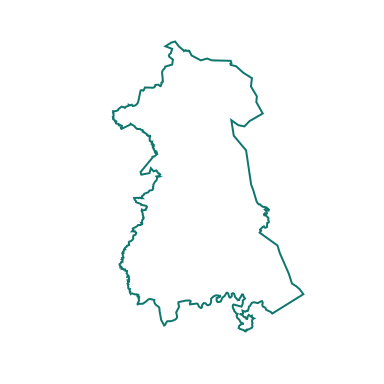 the district of General Heliodoro Castillo, Guerrero, Mexico, rotated 163°
{"feature_id": "50627088B85707069751061", "entity_name": "General Heliodoro Castillo", "entity_type": "district", "adm_level": 2, "iso_a3": "MEX", "parent_name": "Mexico", "parent_adm1": "Guerrero", "projection": "orthographic", "projection_center": [-99.963, 17.72], "detail": "fine", "context": "isolated", "style": "outline", "palette": "teal", "viewbox_px": 384, "rotation_deg": 163, "n_neighbors": 0, "source": "geoboundaries", "source_scale": "gbopen_adm2", "svg_char_len": 6013}
<svg xmlns="http://www.w3.org/2000/svg" viewBox="0 0 384 384"><g transform="rotate(163 192 192)"><path d="M150.8,52.3L115.4,61.7L117.4,67.4L119.7,71.2L123.2,75.2L123.3,85.5L125.9,107.9L125.9,115.9L139.2,133.3L137.2,134.8L137.3,135.2L138.0,135.3L137.9,136.2L134.6,137.9L133.3,138.1L133.0,136.8L131.8,136.3L130.6,136.6L129.1,140.4L127.7,140.4L127.2,140.9L127.3,143.0L126.5,144.7L128.1,147.8L129.7,148.6L129.7,149.7L128.6,150.4L127.9,149.9L127.8,149.2L126.7,149.5L126.3,151.5L127.5,154.0L126.7,154.2L126.0,153.2L124.8,153.2L124.1,152.0L123.6,152.7L125.6,155.7L128.3,157.0L129.5,158.2L130.8,160.5L131.7,160.6L132.5,162.1L133.0,164.1L132.9,176.5L133.3,181.7L128.1,216.0L135.6,233.6L133.4,249.2L128.2,242.4L122.7,239.4L116.2,243.0L101.4,246.4L104.2,259.2L102.0,264.5L104.8,275.7L101.4,283.3L108.0,290.9L113.1,299.4L117.8,302.2L117.8,303.4L116.7,303.6L116.6,306.1L134.5,312.1L138.5,315.2L145.0,315.3L152.5,322.7L153.4,327.9L154.2,328.2L154.6,327.9L155.0,328.4L156.5,328.8L156.6,329.4L158.5,329.1L158.6,330.2L159.4,331.1L159.6,330.9L160.2,331.0L159.5,331.1L161.9,334.9L164.1,340.8L167.9,341.0L174.8,339.1L169.1,334.7L171.8,330.8L173.3,330.3L174.3,329.2L174.2,327.9L171.5,324.2L173.7,319.7L181.0,319.7L181.9,318.4L184.2,317.0L185.6,315.4L187.5,306.2L188.2,306.2L188.6,305.4L189.4,305.3L189.7,304.1L191.1,302.4L191.6,302.6L192.7,304.4L195.7,305.1L196.9,303.4L198.5,303.0L206.4,305.7L208.7,303.2L209.2,303.2L210.2,304.1L211.5,304.1L217.3,293.6L218.6,292.4L220.8,291.4L223.5,291.5L224.1,293.1L226.0,293.0L227.1,294.0L227.5,293.0L230.1,292.9L231.6,292.1L232.2,292.9L234.3,294.2L237.8,293.0L239.2,291.7L242.4,291.8L243.8,292.3L244.0,289.7L244.1,290.6L244.3,290.7L244.6,287.8L245.3,287.2L245.5,285.4L245.9,285.9L246.1,284.6L243.9,281.8L244.8,281.5L244.4,280.7L244.6,279.9L243.5,279.0L242.8,278.9L241.9,277.9L242.4,277.1L242.1,276.8L241.3,277.1L239.7,275.8L240.2,274.8L241.2,274.5L241.3,273.4L241.0,273.0L231.7,274.4L230.9,275.3L227.6,271.6L227.6,270.9L226.1,268.3L223.3,267.5L222.9,266.7L221.1,265.5L221.4,264.8L220.8,264.0L221.2,263.8L218.7,261.1L218.2,260.2L218.4,259.5L217.5,258.4L216.9,258.6L216.6,257.8L215.7,258.0L215.6,257.6L216.8,255.8L217.4,253.3L216.5,252.5L216.3,251.5L215.4,251.6L215.8,250.7L215.5,249.9L216.3,249.6L215.2,248.5L216.1,248.3L216.2,247.7L215.1,247.5L215.0,247.1L216.5,245.7L215.8,244.7L216.1,244.0L215.7,242.6L214.8,241.7L215.8,241.2L215.7,240.2L214.8,239.0L214.2,239.6L214.2,238.4L217.4,237.1L219.6,237.2L219.8,236.4L235.4,226.1L235.4,223.4L227.2,222.5L224.3,226.8L222.7,223.0L219.9,223.1L218.6,219.4L217.8,219.2L217.3,218.0L218.8,216.9L219.7,217.0L218.9,216.4L221.2,216.7L220.9,216.1L222.6,213.6L224.7,212.4L226.9,210.2L227.3,208.7L228.0,208.2L228.0,206.8L229.3,205.5L232.2,205.8L234.0,204.5L238.1,204.3L239.5,203.0L240.4,203.0L241.1,202.4L241.7,201.6L241.1,200.5L242.5,200.9L243.8,201.9L244.8,201.7L245.2,202.2L249.1,203.2L249.1,201.5L248.3,199.9L248.5,198.6L244.4,195.5L244.4,194.6L240.1,192.3L239.4,191.2L240.0,190.1L240.9,189.7L241.4,188.5L244.5,188.7L245.0,189.7L245.7,188.7L245.4,185.6L245.9,184.2L245.7,182.8L246.3,181.7L245.8,181.2L246.7,180.2L247.8,179.7L248.8,177.8L248.6,176.8L249.2,176.0L249.5,176.3L249.4,175.7L250.8,175.5L253.1,176.2L254.8,175.2L259.3,174.4L259.1,173.1L260.9,171.9L258.1,171.1L258.0,170.2L257.2,169.5L258.1,168.0L259.3,167.5L260.6,167.6L261.5,166.3L261.7,164.7L262.6,163.8L265.0,162.8L266.1,163.0L266.8,162.7L267.3,161.9L267.6,159.7L269.8,159.6L270.3,158.9L272.3,158.2L272.8,157.4L272.7,156.8L273.8,157.0L274.6,155.3L275.2,155.3L276.1,154.4L275.4,154.3L275.4,153.5L276.2,153.3L276.7,152.1L276.7,149.3L278.1,149.4L278.0,148.0L278.9,147.9L278.4,147.0L278.9,145.5L280.3,145.6L281.2,144.4L282.2,144.3L282.6,143.3L282.1,141.7L282.4,141.2L281.8,141.2L281.9,140.4L281.3,140.3L281.8,139.0L280.1,138.5L280.0,137.7L278.7,137.5L278.8,136.2L277.2,135.5L278.3,133.2L277.3,130.5L278.1,130.7L278.7,129.8L277.3,129.6L277.6,127.5L278.1,127.1L277.8,126.3L278.4,125.7L278.4,124.7L278.9,124.6L279.4,125.4L279.6,123.8L280.4,123.3L279.9,122.2L280.5,121.8L280.6,119.7L281.1,119.0L280.6,117.5L279.8,117.3L280.6,115.7L280.2,114.9L280.8,114.1L280.4,112.4L279.9,112.8L278.7,112.4L276.4,110.7L275.3,110.6L274.6,110.1L274.6,109.2L274.1,109.6L273.4,109.4L273.5,108.5L273.9,108.4L273.3,107.2L274.0,107.0L273.8,106.2L274.2,106.1L274.3,103.7L276.4,101.5L276.9,100.7L276.7,100.3L275.5,100.6L271.9,99.5L267.9,100.7L265.3,102.0L263.5,102.0L259.6,99.8L260.1,98.7L260.2,96.5L259.3,94.3L257.3,91.7L257.2,90.1L257.8,87.8L258.9,78.6L257.6,72.5L256.5,72.9L254.2,75.2L253.2,75.6L250.6,74.8L247.7,74.6L245.4,74.9L243.7,75.7L243.1,76.2L242.6,77.8L242.3,81.5L237.8,86.1L237.7,89.5L237.1,90.6L229.8,90.0L225.9,89.0L225.2,87.9L226.8,85.7L226.8,85.1L219.8,83.9L219.2,83.2L218.9,80.4L217.4,78.4L216.5,78.6L215.1,81.2L213.3,82.3L211.7,81.7L210.7,79.6L209.8,79.0L207.7,79.2L206.1,80.8L204.8,84.5L201.7,85.9L199.2,86.2L195.5,84.5L195.6,83.9L196.2,83.4L199.4,83.4L200.1,81.6L200.1,80.0L199.4,79.1L196.6,78.8L193.7,82.2L191.2,83.0L188.6,85.4L187.9,85.5L187.1,84.4L187.1,81.0L186.7,80.0L186.1,79.8L184.4,80.8L183.7,83.1L182.4,83.3L181.5,82.3L181.4,78.8L179.7,75.1L178.5,74.9L177.5,76.4L176.4,77.0L174.2,79.4L173.1,78.9L173.3,77.1L172.5,74.6L175.1,73.4L176.1,70.4L178.2,67.9L185.2,72.3L185.9,71.9L186.4,70.9L186.7,69.9L186.6,67.9L186.2,67.4L186.4,65.4L185.7,64.7L185.3,63.1L184.0,62.1L185.5,60.6L185.6,58.5L184.1,56.1L183.6,53.1L181.7,51.5L181.8,51.0L183.2,51.3L186.0,50.2L187.1,48.2L186.0,46.9L182.8,44.7L182.3,43.5L181.4,43.0L180.4,44.3L179.9,44.4L179.6,43.8L178.9,44.2L178.1,44.0L174.2,44.8L173.5,45.8L173.2,48.0L172.5,48.6L172.5,50.8L171.4,52.6L169.6,53.0L171.6,54.9L171.8,55.3L171.2,55.6L171.0,56.2L172.3,56.0L173.6,57.9L175.0,56.8L176.4,54.5L177.0,54.7L177.6,55.7L177.6,56.8L179.2,57.7L179.6,59.4L182.1,61.5L179.4,60.3L178.6,61.1L178.4,63.7L176.0,61.9L174.9,62.3L173.8,62.0L173.7,62.4L173.2,62.3L172.5,63.0L171.1,65.7L170.0,66.0L167.2,68.5L165.1,68.5L161.5,66.5L157.9,67.3L156.9,67.1L156.7,65.5L157.8,63.5L157.8,61.8L155.7,59.9L155.5,57.6L151.8,54.3L150.8,52.3Z" fill="none" stroke="#0f766e" stroke-width="2"/></g></svg>